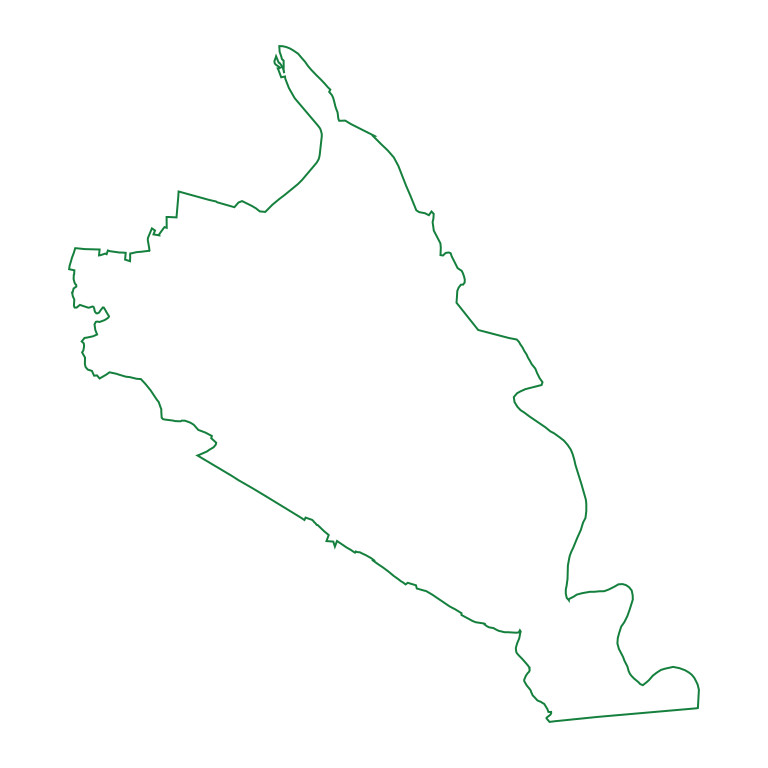 outline of Amatitlán, Veracruz, Mexico
{"feature_id": "50627088B91579254282686", "entity_name": "Amatitlán", "entity_type": "district", "adm_level": 2, "iso_a3": "MEX", "parent_name": "Mexico", "parent_adm1": "Veracruz", "projection": "robinson", "projection_center": [-95.694, 18.438], "detail": "fine", "context": "isolated", "style": "outline", "palette": "green", "viewbox_px": 768, "rotation_deg": 0, "n_neighbors": 0, "source": "geoboundaries", "source_scale": "gbopen_adm2", "svg_char_len": 6017}
<svg xmlns="http://www.w3.org/2000/svg" viewBox="0 0 768 768"><path d="M69.1,269.2L74.4,270.3L74.1,274.5L73.8,274.8L73.6,279.0L74.5,282.5L75.2,283.9L76.2,284.9L76.3,286.6L73.6,288.5L72.5,292.7L72.1,292.7L72.8,296.2L74.3,299.6L73.9,305.6L74.5,307.3L74.7,307.6L76.6,307.6L79.9,304.9L88.3,307.7L89.6,307.5L92.4,306.5L93.5,306.9L94.3,308.8L94.6,310.7L95.2,312.1L96.4,313.3L97.6,313.3L99.1,312.5L101.0,309.7L102.9,307.4L103.8,307.6L105.6,310.5L106.1,311.6L109.0,316.3L108.8,316.9L108.3,317.6L106.7,318.8L104.6,320.1L99.5,322.0L97.6,321.6L96.8,321.6L95.8,321.9L94.5,324.4L94.6,325.1L95.3,329.9L97.1,334.5L93.0,336.3L86.4,337.7L84.6,337.9L81.7,341.4L83.8,343.4L84.1,346.1L83.4,350.3L82.1,352.4L85.0,357.6L84.9,364.3L85.7,367.2L87.8,369.6L91.9,370.9L94.1,375.7L97.0,375.4L99.6,378.5L106.3,374.6L109.5,372.3L116.5,373.8L118.8,374.6L125.9,376.7L129.7,377.1L136.7,378.8L140.9,379.1L145.2,383.7L150.5,390.2L156.9,399.8L158.7,402.0L160.5,407.2L161.3,409.2L161.3,412.0L161.7,417.8L163.1,419.2L166.0,419.7L173.3,420.6L175.2,421.1L180.6,421.3L181.9,420.6L185.0,420.7L189.7,422.4L191.3,423.2L193.8,424.8L198.3,429.9L205.7,432.7L211.9,436.0L211.2,438.2L216.2,442.7L215.8,444.6L213.7,447.2L209.1,449.9L206.9,451.5L199.4,454.8L197.5,455.5L231.8,475.9L238.5,480.2L251.6,487.7L268.4,497.8L300.8,517.6L304.4,520.0L305.6,517.6L312.2,519.9L313.6,521.3L314.1,522.1L315.4,523.2L316.7,524.9L317.6,525.0L324.3,531.4L328.7,535.0L326.5,541.1L333.3,541.6L334.9,546.6L337.0,541.0L346.6,547.5L350.8,549.9L354.8,552.6L355.3,552.6L355.8,551.5L357.4,552.1L359.9,552.3L362.2,553.5L365.7,555.1L371.2,558.2L373.9,560.2L373.1,560.6L377.5,563.8L382.9,567.4L388.0,571.2L393.7,575.9L399.0,579.7L400.8,581.2L402.7,582.2L403.4,582.8L404.1,583.2L404.8,583.9L405.7,584.4L407.7,582.8L416.0,585.3L416.2,586.3L416.8,588.5L424.9,590.8L425.5,590.8L426.9,591.5L432.2,594.6L449.6,606.4L455.5,609.5L459.9,612.2L461.5,613.2L461.5,615.0L472.4,620.9L475.5,622.2L484.0,623.5L484.8,623.9L484.6,624.5L484.9,624.6L486.7,626.1L489.0,627.3L493.5,628.1L496.5,629.8L499.2,631.0L501.4,631.4L503.1,631.9L505.5,632.3L507.5,632.2L515.8,632.7L518.7,632.5L519.9,630.3L520.7,631.6L520.2,633.1L519.4,637.7L518.8,639.4L517.2,643.2L515.9,647.7L515.9,649.1L516.2,651.5L516.7,653.0L518.7,655.3L522.6,659.3L526.5,663.8L528.1,665.7L529.0,667.1L529.6,667.5L529.6,668.1L529.3,668.8L529.6,669.3L529.6,670.7L528.7,672.2L527.6,673.2L525.8,675.9L524.2,679.8L524.2,681.0L525.4,683.2L526.7,685.4L529.4,688.7L530.2,689.7L530.7,690.5L531.4,692.7L532.1,693.9L532.6,695.3L533.9,696.6L537.5,700.5L541.4,702.1L541.9,702.6L544.2,703.9L547.4,709.1L548.4,711.9L549.7,712.0L551.1,711.9L551.2,713.1L550.4,714.7L546.6,717.7L546.5,718.4L549.5,721.9L555.1,721.2L597.7,716.9L696.5,708.3L697.9,708.0L698.9,689.8L697.7,684.7L696.1,681.3L694.2,677.7L691.7,674.7L688.9,672.5L685.2,670.3L679.6,668.2L673.1,666.9L665.4,668.6L661.0,669.9L656.5,672.8L652.8,675.7L648.9,680.2L646.4,682.4L642.8,685.2L640.1,684.0L638.5,682.2L634.1,678.6L631.5,675.9L629.9,673.8L628.6,670.9L627.4,666.5L624.4,660.6L623.1,657.0L618.9,648.9L617.4,643.4L617.8,638.0L619.2,632.8L621.2,626.6L624.3,622.2L627.3,616.2L629.5,610.1L632.8,599.6L632.7,595.4L631.7,590.5L629.1,587.2L626.0,585.1L622.6,584.1L618.5,584.3L614.9,586.4L611.2,588.3L608.5,589.6L604.2,591.2L599.3,591.3L594.1,591.8L589.8,591.8L582.1,593.2L576.8,594.6L573.4,596.8L569.0,599.0L568.9,600.3L568.4,599.6L567.8,599.1L566.7,597.8L565.8,593.7L565.8,589.5L566.6,585.7L567.2,581.2L567.5,579.3L567.9,565.5L569.4,557.3L570.0,555.1L571.4,551.5L573.2,547.8L577.2,538.0L580.8,530.0L583.1,522.5L585.5,517.9L586.3,511.0L586.3,503.9L585.9,499.8L581.6,484.7L575.4,464.8L574.3,459.8L572.7,454.3L570.8,449.6L567.7,445.0L563.8,440.5L559.5,437.2L554.1,433.3L550.3,431.3L545.4,427.3L529.4,416.4L523.9,412.3L520.6,410.2L517.4,406.8L514.5,402.0L513.8,397.1L517.1,393.2L520.6,391.3L525.5,389.1L541.6,385.0L542.5,382.2L539.7,378.3L537.1,373.1L535.3,368.6L531.7,364.2L529.9,360.8L528.0,357.7L526.6,354.5L524.3,351.0L522.6,347.6L520.3,344.3L519.0,341.9L516.7,339.5L508.9,338.0L478.2,330.0L456.5,302.7L456.9,297.5L457.3,290.9L458.6,287.7L460.9,284.7L463.1,284.6L464.6,282.6L464.8,279.8L464.1,276.7L463.0,273.5L461.7,270.8L459.9,269.7L457.6,268.1L451.6,256.1L450.7,253.3L449.0,252.5L445.7,252.9L443.0,255.5L440.5,255.1L440.8,247.6L440.4,243.3L433.8,230.6L432.6,222.1L433.4,218.7L433.7,213.8L431.5,211.5L428.9,215.2L424.9,213.2L419.1,212.1L416.3,210.3L410.4,195.7L406.2,186.0L398.3,165.8L393.8,157.4L387.7,150.4L381.4,144.4L373.3,136.3L374.6,136.0L350.8,124.0L345.2,120.6L339.2,120.8L338.6,119.5L338.2,117.8L337.9,114.8L337.5,112.2L336.3,109.2L335.4,106.5L334.6,103.2L333.3,98.2L331.9,95.1L329.2,91.9L330.3,89.6L328.0,87.4L324.5,83.4L320.8,79.5L316.2,75.0L311.3,69.9L308.0,66.0L305.0,61.7L301.9,58.2L298.2,53.8L293.4,50.5L290.0,48.5L286.2,47.0L282.6,46.2L279.3,46.1L279.6,51.6L281.2,56.3L282.0,59.2L283.6,60.5L283.7,65.9L283.6,69.4L284.2,73.2L283.6,70.3L283.1,68.6L281.0,64.8L279.4,62.8L278.7,62.7L276.1,56.3L275.5,58.2L274.4,61.2L274.7,63.2L275.5,64.4L276.6,65.2L278.4,66.4L280.2,67.7L279.3,68.2L277.7,68.4L278.4,69.8L281.2,77.3L285.0,76.5L285.2,78.1L285.4,79.0L288.9,88.0L294.7,98.2L318.1,125.8L319.7,127.9L320.5,129.4L320.8,130.3L321.4,132.5L321.7,133.6L321.8,136.0L319.7,155.0L319.1,157.8L318.6,159.3L316.9,162.3L316.4,163.0L302.1,179.9L297.9,184.1L284.6,195.0L279.3,199.0L272.2,204.9L265.3,211.9L259.8,211.4L255.9,208.3L252.0,206.0L242.1,201.1L238.5,202.5L234.4,207.2L217.2,202.3L215.9,201.4L214.3,201.1L209.0,199.9L178.6,191.5L178.3,196.5L176.5,217.4L168.5,217.0L166.6,217.0L166.7,227.8L164.5,227.1L163.3,228.6L159.3,234.1L159.4,235.4L153.5,234.4L155.0,230.5L151.9,228.4L148.0,237.8L147.8,239.0L147.8,240.2L148.9,246.4L149.5,250.6L149.3,250.9L148.8,250.8L141.7,251.7L136.2,252.2L131.7,253.3L130.3,253.4L130.1,254.8L130.2,256.8L130.0,261.2L125.1,259.6L125.7,252.8L123.0,252.6L119.3,252.5L110.0,251.2L107.9,250.5L106.6,254.2L105.2,253.6L100.8,255.1L99.0,255.4L99.6,249.5L84.8,249.1L77.0,248.3L75.2,248.2L73.9,252.6L72.0,257.6L70.9,261.5L69.6,265.8L69.1,269.2Z" fill="none" stroke="#15803d" stroke-width="2"/></svg>